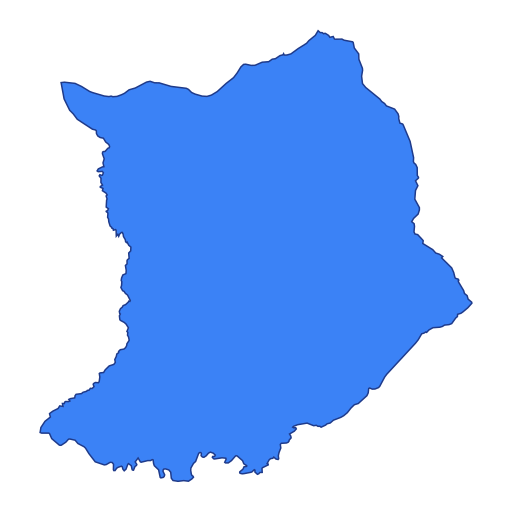 Vemasse, Baucau, East Timor (Albers equal-area conic projection)
{"feature_id": "22284137B19870753775512", "entity_name": "Vemasse", "entity_type": "district", "adm_level": 2, "iso_a3": "TLS", "parent_name": "East Timor", "parent_adm1": "Baucau", "projection": "albers", "projection_center": [126.238, -8.584], "detail": "fine", "context": "isolated", "style": "filled", "palette": "blue", "viewbox_px": 512, "rotation_deg": 0, "n_neighbors": 0, "source": "geoboundaries", "source_scale": "gbopen_adm2", "svg_char_len": 5983}
<svg xmlns="http://www.w3.org/2000/svg" viewBox="0 0 512 512"><path d="M318.1,30.7L315.3,35.4L308.9,40.6L306.6,43.3L298.3,48.5L290.9,53.9L287.0,55.0L284.8,55.1L284.1,54.9L283.6,53.7L283.0,54.8L280.0,55.6L275.4,58.7L272.2,59.2L268.7,61.7L262.2,62.2L255.0,65.3L251.1,65.4L245.7,64.2L243.6,64.4L240.9,66.9L237.2,72.9L233.6,77.6L226.2,83.4L217.2,91.6L211.4,95.1L207.0,96.4L202.1,96.1L195.1,94.1L191.6,92.5L188.5,89.4L186.3,88.3L171.0,86.4L159.3,82.9L154.6,82.8L150.1,81.3L146.5,82.1L135.3,88.0L129.1,89.8L124.5,93.3L121.6,94.7L117.0,96.4L112.9,96.7L111.1,96.1L109.0,96.6L104.2,96.0L92.6,92.6L89.7,91.5L81.6,86.5L75.1,83.4L64.4,82.2L61.1,82.6L64.1,98.9L69.7,110.3L73.2,113.8L77.3,119.3L92.4,129.2L95.5,130.0L96.3,130.7L96.5,133.7L97.8,136.0L100.1,137.5L103.4,138.2L105.7,142.0L108.8,144.5L109.6,146.4L109.3,147.7L107.8,148.3L105.1,151.4L103.3,151.6L102.6,152.1L102.4,153.7L104.2,158.8L103.0,162.9L103.9,166.7L102.4,166.9L98.3,168.9L97.1,170.9L98.2,171.7L102.3,171.4L103.4,172.8L102.4,175.2L101.8,175.4L99.9,174.7L99.2,175.9L101.0,178.3L100.9,182.4L102.5,185.1L100.3,186.5L100.3,187.3L103.0,188.4L102.4,190.7L106.0,193.1L107.2,194.9L106.1,196.0L107.1,199.0L106.6,200.1L106.2,207.1L108.4,208.7L107.6,210.6L106.3,211.1L106.2,211.6L107.7,212.7L107.9,213.7L107.6,217.4L108.5,218.8L108.8,221.8L110.1,226.0L111.7,227.4L111.8,228.1L113.1,228.8L113.4,230.2L115.6,229.6L116.1,230.3L116.3,236.1L117.8,234.3L118.7,236.3L119.6,234.1L121.5,232.4L122.3,232.4L123.1,234.1L123.5,236.6L125.3,239.7L125.6,241.7L126.5,242.6L127.1,242.1L128.7,245.2L130.9,247.1L130.7,250.9L128.7,253.0L129.1,258.4L127.4,259.8L127.0,260.8L127.1,263.8L125.4,265.5L126.2,270.3L126.0,273.2L125.8,273.7L122.9,274.9L121.6,277.9L121.2,280.4L121.8,281.7L121.6,285.3L120.9,287.5L122.6,290.7L124.1,291.4L125.4,293.4L127.5,295.0L130.3,300.5L129.9,301.4L128.8,301.1L128.3,302.1L125.6,304.6L123.1,305.6L122.2,307.3L120.5,308.6L119.3,311.3L119.7,313.5L120.3,314.0L119.4,315.8L119.8,319.4L120.3,320.3L124.2,322.4L126.1,324.1L128.4,327.8L126.9,331.5L127.8,332.4L127.5,335.2L128.5,336.9L129.2,340.3L126.9,343.8L126.7,345.5L125.6,347.6L123.9,349.1L120.3,349.7L118.6,351.4L118.6,352.7L116.8,354.0L116.3,356.4L114.8,359.5L115.3,362.4L113.8,364.4L109.2,365.9L105.3,369.7L103.6,372.5L100.1,372.9L99.3,373.5L99.8,377.0L99.2,381.6L98.4,382.7L95.3,382.5L93.5,383.6L93.2,384.4L94.0,386.7L92.1,388.5L90.4,388.3L89.0,390.2L87.3,390.4L86.6,391.3L83.0,392.3L81.5,393.6L76.1,394.3L75.1,395.6L74.7,397.9L70.5,398.6L68.8,399.4L69.9,401.0L68.6,401.6L65.7,401.5L64.8,402.0L64.3,403.5L62.4,403.5L63.0,406.4L59.7,405.9L58.1,408.5L52.9,411.1L50.0,413.2L49.5,413.7L50.4,417.0L45.0,421.3L40.9,427.5L40.1,432.5L41.6,433.1L48.6,433.1L49.5,433.5L51.7,438.6L59.3,445.1L60.2,445.3L61.3,445.2L65.8,442.2L68.5,439.2L69.8,439.0L75.1,440.2L77.9,443.5L84.0,446.7L85.5,448.1L88.9,453.6L95.2,461.8L104.3,464.9L106.2,464.6L110.2,462.3L112.2,462.5L113.5,464.2L113.4,469.7L113.8,470.6L115.0,470.6L116.7,468.2L118.1,467.3L121.4,466.2L122.2,466.7L122.9,469.2L124.2,470.8L126.0,469.2L127.8,464.3L128.5,463.6L131.2,465.6L132.1,469.5L132.4,470.0L133.5,470.2L135.0,466.5L136.5,465.4L136.8,464.4L135.2,461.9L138.1,458.0L140.4,461.9L141.2,462.2L147.7,460.6L150.5,460.6L152.2,459.6L153.1,459.9L153.6,463.6L154.3,465.7L158.6,469.8L160.2,477.4L160.9,477.9L163.2,477.4L164.1,476.6L164.7,474.9L163.0,471.3L163.2,469.8L163.8,469.1L165.5,468.9L168.8,469.9L170.7,472.2L171.3,478.2L173.0,480.5L178.0,481.3L183.7,480.6L188.5,481.2L191.8,479.0L193.5,477.2L193.1,476.3L191.9,475.4L191.3,474.0L190.7,470.3L190.9,468.0L193.5,463.4L195.6,461.5L198.7,453.3L199.9,452.5L200.8,452.6L201.4,453.5L201.1,455.7L202.4,457.0L203.9,457.3L206.2,455.8L208.4,453.2L210.4,452.1L213.3,453.2L215.3,455.1L214.6,456.4L212.8,456.4L212.3,457.2L213.5,458.7L214.4,459.0L222.0,457.8L225.8,458.2L226.1,459.3L224.7,462.3L225.5,462.9L228.3,462.9L231.5,460.6L235.3,456.2L236.1,455.7L237.2,456.0L242.6,460.7L243.8,463.8L246.7,465.6L246.6,466.4L244.0,466.8L243.0,469.1L239.8,471.8L239.7,472.7L240.1,473.3L242.2,473.8L244.1,473.6L250.4,472.4L251.8,472.0L254.3,469.7L255.0,470.2L254.9,472.0L257.4,474.3L258.7,473.8L259.9,472.5L262.2,472.4L262.0,468.3L262.5,467.7L268.2,464.9L268.1,464.0L267.1,463.6L269.1,459.9L270.6,458.6L272.8,458.3L273.8,457.1L275.9,459.0L278.1,459.5L278.7,458.7L278.3,455.8L279.0,452.6L280.8,448.0L280.3,444.4L281.3,443.3L286.4,443.0L288.1,442.3L289.0,441.2L289.1,440.2L291.1,437.9L290.8,436.1L289.5,434.0L294.3,431.2L296.3,428.9L295.7,427.7L293.6,427.8L292.7,427.2L293.6,426.3L297.6,424.7L307.1,423.1L313.7,425.7L316.3,425.3L317.9,426.3L319.9,426.3L321.1,427.2L325.6,425.1L327.1,423.8L330.2,423.0L333.4,420.2L340.9,417.3L343.7,415.7L347.3,412.7L351.0,408.0L354.4,404.7L358.3,403.5L366.9,395.7L368.2,392.9L368.7,388.5L369.6,388.0L372.2,389.1L375.0,389.0L378.5,387.6L379.7,386.4L384.7,377.0L386.7,374.3L415.5,343.2L418.2,339.8L421.7,333.8L424.0,333.1L425.7,332.0L426.6,332.4L429.0,329.9L433.0,327.7L439.9,327.2L442.5,326.4L444.5,325.1L449.1,324.6L451.7,323.6L455.8,317.9L457.4,316.6L457.6,314.3L460.9,313.3L462.8,312.0L467.8,307.8L471.9,303.2L471.7,302.2L468.1,299.1L467.1,295.6L464.5,293.5L463.6,290.5L458.7,282.3L458.2,280.9L458.8,280.2L458.3,279.2L455.5,278.3L455.0,277.7L453.7,272.5L451.7,267.9L441.6,257.9L442.8,256.5L439.3,254.2L435.7,253.0L432.8,249.7L422.8,243.5L423.2,240.7L422.6,239.9L417.7,234.6L415.0,234.0L414.0,231.9L414.5,226.3L414.1,223.7L411.7,221.7L413.6,218.4L418.1,214.1L419.4,210.0L419.4,207.6L414.8,199.2L415.5,190.5L417.9,185.7L415.5,180.8L418.4,178.1L418.5,177.3L417.3,175.5L417.2,167.6L415.7,164.4L414.1,163.1L413.4,161.6L413.6,157.7L410.1,141.4L403.2,124.9L402.6,124.0L399.9,123.1L398.7,118.5L398.8,116.5L398.1,113.9L394.6,109.1L386.4,105.9L384.6,103.5L381.7,101.5L379.8,99.0L365.7,87.5L362.5,83.6L361.6,76.2L362.6,70.3L362.4,68.2L358.9,59.3L358.7,53.9L354.3,48.0L353.2,42.5L352.6,41.8L344.0,40.2L342.0,39.1L335.0,39.2L334.4,38.9L333.2,36.5L329.9,37.3L328.6,35.4L325.9,33.7L325.1,33.3L323.6,33.7L322.1,32.6L320.2,32.6L318.1,30.7Z" fill="#3b82f6" stroke="#1e3a8a" stroke-width="1.5"/></svg>